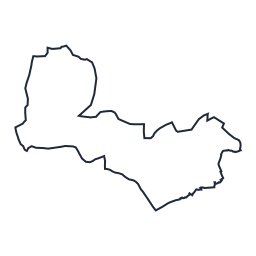 outline of Danja, Katsina, Nigeria
{"feature_id": "59680162B42687104490462", "entity_name": "Danja", "entity_type": "district", "adm_level": 2, "iso_a3": "NGA", "parent_name": "Nigeria", "parent_adm1": "Katsina", "projection": "mercator", "projection_center": [7.63, 11.408], "detail": "fine", "context": "isolated", "style": "outline", "palette": "slate", "viewbox_px": 256, "rotation_deg": 0, "n_neighbors": 0, "source": "geoboundaries", "source_scale": "gbopen_adm2", "svg_char_len": 4523}
<svg xmlns="http://www.w3.org/2000/svg" viewBox="0 0 256 256"><path d="M240.6,150.2L240.4,149.8L239.9,149.1L240.0,148.9L240.2,148.4L240.4,147.0L240.6,145.5L240.5,143.9L240.2,142.3L239.6,141.4L239.2,140.4L237.3,139.4L234.3,138.1L229.0,134.0L222.2,127.6L223.9,123.5L214.0,117.2L211.2,118.5L208.6,119.9L207.3,120.6L207.5,118.3L207.6,114.6L207.8,113.9L204.4,115.2L203.9,115.4L203.6,115.6L198.8,119.2L191.5,129.6L177.8,131.8L176.1,130.6L171.9,122.3L170.9,122.9L166.2,124.7L159.8,128.3L156.9,130.6L154.4,133.4L153.0,136.2L150.7,138.2L144.4,138.1L143.8,131.9L144.0,124.2L134.4,124.3L130.0,124.0L123.0,121.0L118.5,119.0L116.8,115.9L115.6,113.7L114.5,112.4L111.5,111.0L106.8,111.2L103.2,111.6L100.4,112.1L97.2,115.4L96.1,116.8L90.6,117.4L81.3,116.3L78.9,115.8L90.9,105.0L94.3,94.1L96.4,78.3L94.6,68.6L92.1,62.4L88.2,60.0L87.5,59.6L87.4,59.4L87.2,59.3L87.1,59.2L86.8,59.1L86.6,59.1L86.4,59.2L86.1,59.3L85.9,59.4L85.5,59.6L84.2,59.6L80.9,58.9L78.5,56.7L72.9,54.9L70.4,50.2L66.2,45.6L63.6,46.5L61.5,46.8L60.4,48.3L57.3,48.5L54.1,48.8L52.1,48.9L47.6,47.7L47.6,52.8L45.1,56.1L36.8,56.5L35.2,56.3L34.0,56.2L33.3,56.2L31.8,62.2L31.4,65.3L29.3,74.9L26.6,83.0L25.3,88.3L27.9,98.9L27.6,105.0L25.3,107.5L25.2,112.6L25.8,120.2L24.0,122.0L22.7,123.7L15.4,127.4L15.5,128.2L16.0,131.0L16.6,133.4L17.9,137.0L18.4,138.9L20.7,144.2L23.2,146.1L24.4,149.0L25.2,150.1L26.9,150.9L28.3,148.1L31.6,146.2L36.1,147.8L36.6,147.8L41.8,148.0L43.6,148.1L46.9,148.5L49.2,148.6L50.1,148.3L52.8,148.0L56.8,147.4L61.1,146.8L65.1,146.0L72.9,146.4L73.0,146.4L75.8,147.4L78.6,152.1L78.7,152.5L82.0,158.5L85.9,161.8L89.9,162.2L92.8,161.0L94.3,159.9L95.4,159.2L98.4,158.3L104.1,156.1L105.1,161.0L104.9,165.0L105.0,168.9L105.4,168.9L106.9,169.0L109.8,169.7L112.3,171.3L114.2,172.2L114.8,172.5L118.5,173.1L122.3,174.4L125.2,176.9L128.9,179.3L133.6,180.4L135.9,181.8L138.1,184.0L140.9,189.4L142.9,191.7L147.3,198.2L151.0,203.8L152.5,206.1L154.5,208.8L155.8,210.4L162.4,206.8L167.9,203.3L168.6,203.0L169.8,202.4L171.9,201.6L174.4,200.7L176.2,200.1L179.8,199.4L179.9,199.2L180.0,198.9L180.1,198.6L180.6,198.6L180.9,198.6L181.3,198.4L181.0,198.3L180.9,198.1L181.3,197.9L181.5,197.8L182.0,197.6L182.3,197.6L182.5,197.8L182.6,198.0L182.9,198.1L183.2,198.2L184.0,198.1L184.4,197.7L184.6,197.5L184.9,197.6L185.1,197.6L185.5,197.5L185.8,197.5L185.8,197.3L186.1,197.1L187.2,196.7L187.3,196.3L187.5,196.1L188.2,195.6L188.7,195.3L189.3,194.9L189.3,194.6L189.2,194.1L189.2,193.9L189.3,193.8L189.3,193.6L189.5,193.3L191.8,194.9L192.1,195.2L192.4,194.7L192.5,194.7L192.7,194.1L192.9,193.7L193.5,193.0L193.7,192.7L193.9,192.6L194.0,192.6L194.8,191.4L195.2,190.9L195.4,190.6L195.7,190.2L195.8,190.0L196.0,189.6L196.4,189.4L196.8,189.4L197.0,189.5L197.3,189.6L197.6,189.7L197.8,189.7L198.1,189.7L198.2,189.8L198.4,189.8L198.6,189.8L198.9,189.8L199.0,189.8L199.3,189.7L199.8,189.6L200.1,189.6L200.4,189.4L200.8,189.4L201.3,189.5L201.2,189.1L201.1,188.8L201.0,188.6L200.9,188.4L200.8,188.0L200.7,187.8L200.5,187.7L200.8,187.5L201.0,187.6L201.3,187.8L201.6,187.6L202.1,187.5L202.3,187.5L202.6,187.4L202.7,187.6L202.9,187.7L203.1,187.7L203.3,187.7L203.8,187.8L204.1,187.8L204.3,187.9L204.6,188.0L214.3,187.3L214.4,185.7L214.7,185.2L214.8,184.8L214.8,184.4L214.8,183.7L214.7,183.1L214.5,182.4L214.8,182.4L215.0,182.3L215.2,182.8L215.3,183.3L215.5,183.7L215.6,183.8L215.9,183.8L216.3,183.6L216.6,183.5L216.9,183.5L217.2,183.4L217.6,183.3L217.9,183.1L218.0,182.9L218.3,182.7L218.9,182.2L219.4,182.5L219.6,182.5L219.9,182.5L220.1,182.3L220.1,182.1L220.6,181.8L221.7,180.4L220.8,179.8L221.7,179.2L222.5,178.7L223.1,178.3L223.2,178.2L222.0,175.6L220.9,172.9L220.4,171.5L220.5,171.4L221.3,171.1L219.8,167.7L219.2,166.5L218.5,164.1L218.7,162.9L219.3,161.5L220.1,159.3L220.6,158.0L221.0,156.2L221.3,155.2L221.1,154.3L222.2,152.3L222.3,152.0L222.4,151.8L222.5,151.6L222.8,151.2L223.1,150.9L223.5,150.8L224.0,150.7L224.4,150.7L224.9,150.6L225.8,150.5L226.1,150.4L226.3,150.5L226.5,150.5L226.7,150.4L226.9,150.5L227.1,150.5L227.5,150.4L227.9,150.2L228.3,150.0L228.5,150.0L228.9,150.3L229.0,150.3L229.6,150.4L229.9,150.6L230.5,150.7L231.2,150.7L231.6,150.7L231.8,150.7L232.2,151.0L232.4,151.2L232.7,151.2L232.9,151.3L233.0,151.4L233.1,151.6L233.6,151.7L234.0,151.7L234.9,151.7L235.0,151.8L235.1,152.0L235.3,152.1L235.8,151.9L236.1,151.9L236.4,151.8L236.8,151.7L237.0,151.7L237.3,151.6L237.6,151.5L237.8,151.4L238.1,151.3L238.4,151.3L238.5,151.2L238.8,151.1L239.1,150.9L239.4,150.8L239.7,150.6L239.9,150.5L240.1,150.4L240.4,150.3L240.5,150.2L240.6,150.2Z" fill="none" stroke="#1e293b" stroke-width="2"/></svg>